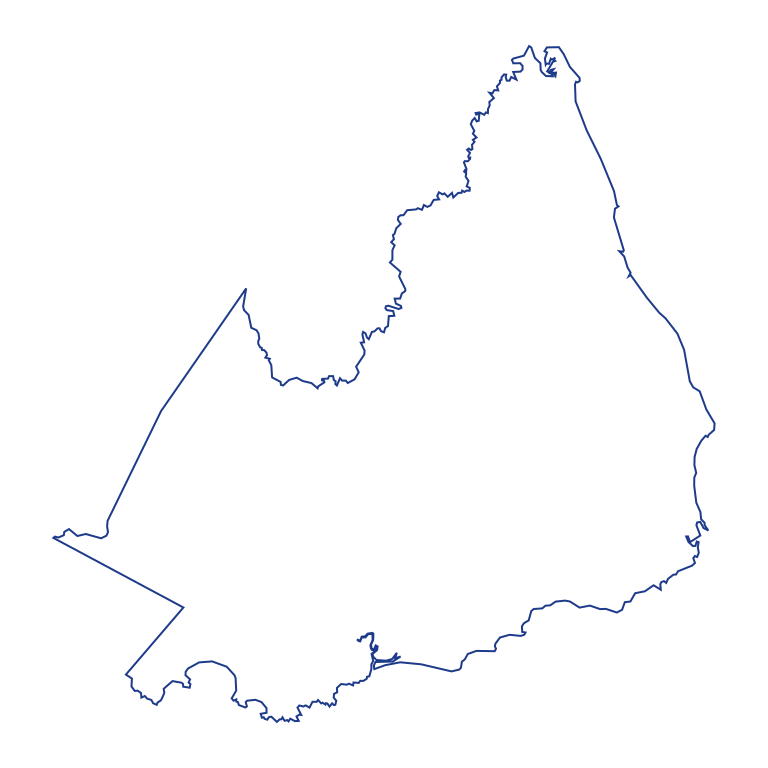 outline of Pedasí, Los Santos, Panama
{"feature_id": "35544464B62202964850227", "entity_name": "Pedasí", "entity_type": "district", "adm_level": 2, "iso_a3": "PAN", "parent_name": "Panama", "parent_adm1": "Los Santos", "projection": "natural_earth1", "projection_center": [-80.113, 7.529], "detail": "fine", "context": "isolated", "style": "outline", "palette": "blue", "viewbox_px": 768, "rotation_deg": 0, "n_neighbors": 0, "source": "geoboundaries", "source_scale": "gbopen_adm2", "svg_char_len": 6055}
<svg xmlns="http://www.w3.org/2000/svg" viewBox="0 0 768 768"><path d="M280.6,381.9L272.1,377.4L271.3,365.2L268.8,360.3L269.8,358.8L265.4,357.6L267.0,355.2L266.5,352.6L264.1,350.1L262.0,350.0L261.7,347.8L260.2,347.4L258.3,344.0L258.2,341.0L259.3,338.9L258.5,333.4L256.5,330.2L251.3,327.8L248.6,314.9L244.1,310.2L243.1,306.5L246.2,288.4L161.1,411.0L107.6,520.8L107.1,526.5L108.0,532.3L106.4,535.7L101.1,538.3L85.7,534.0L77.4,536.0L69.0,529.1L64.3,531.9L63.8,535.2L58.4,537.5L54.9,536.6L53.4,537.9L183.4,607.5L125.9,674.6L131.9,678.5L131.5,686.5L134.7,690.9L137.7,690.7L141.0,693.0L141.4,697.6L144.8,696.0L147.1,698.6L151.4,700.0L153.1,703.2L156.7,704.8L157.6,702.5L160.9,700.4L162.9,696.3L164.3,692.8L163.7,688.8L172.5,681.1L181.6,682.7L183.0,684.0L183.2,686.7L189.7,687.7L190.4,684.0L188.6,682.5L190.1,679.4L185.5,675.2L185.7,671.8L187.9,668.6L199.1,662.4L212.1,661.4L226.7,666.7L234.5,675.2L235.6,678.1L236.2,690.6L231.7,698.4L233.6,700.7L236.3,699.4L236.3,701.6L238.0,702.2L238.8,705.0L245.4,707.5L246.9,706.4L245.7,702.2L247.1,700.7L255.5,699.8L261.5,702.1L266.5,708.1L266.5,712.8L260.7,713.8L261.9,717.7L263.7,717.2L264.6,718.8L267.3,719.7L268.8,717.2L271.4,716.7L276.9,721.9L279.7,719.3L281.4,719.3L282.5,717.3L284.6,720.8L287.3,720.1L288.5,721.4L290.3,718.7L294.9,721.1L298.7,720.9L296.5,716.5L299.4,714.6L301.2,714.9L297.5,707.6L299.3,705.5L303.3,706.5L305.6,705.4L309.5,707.6L312.5,701.8L316.7,701.8L318.0,700.0L321.2,703.4L322.5,702.7L325.5,704.6L326.0,703.2L327.4,703.5L329.5,706.6L332.1,703.3L333.8,705.1L335.3,704.8L336.3,700.8L333.7,697.6L334.0,693.9L337.2,692.3L336.9,687.9L341.2,684.0L346.8,684.7L348.9,683.7L353.1,685.4L353.5,682.5L358.8,682.9L360.2,680.8L363.4,680.9L366.7,678.8L367.0,676.8L369.3,676.3L371.3,669.4L371.4,664.3L373.2,661.1L371.6,653.9L376.5,649.6L377.1,647.0L376.0,646.1L373.8,650.1L372.0,650.0L371.0,648.6L370.4,645.3L372.6,640.1L372.4,633.9L368.1,634.2L365.5,637.4L361.8,637.4L360.2,641.4L358.7,641.1L357.0,639.4L360.2,640.7L361.7,636.6L365.0,636.4L367.7,633.6L372.6,632.9L373.4,634.0L373.2,640.0L371.0,644.8L371.7,648.8L374.1,649.3L375.7,645.4L377.6,646.4L377.1,650.1L372.4,654.0L373.3,656.8L376.4,660.0L386.1,660.7L392.2,659.0L396.8,652.8L395.2,658.3L400.6,656.5L392.9,661.5L375.5,662.0L373.8,665.6L374.3,669.1L385.1,665.2L400.2,662.3L421.2,664.3L451.5,671.4L459.1,669.6L460.9,667.9L461.9,661.7L464.8,659.4L467.8,654.0L476.4,650.9L494.7,651.2L496.0,648.8L494.9,646.3L495.4,643.7L500.0,637.5L509.6,634.8L520.6,635.9L524.2,634.8L525.5,632.5L522.2,631.9L521.9,626.5L523.8,623.3L528.7,620.4L531.3,611.0L533.7,609.0L542.3,608.4L545.4,605.7L550.3,605.3L555.6,601.6L565.1,600.6L569.9,601.5L579.6,607.6L589.9,605.6L600.1,609.1L605.9,608.9L616.8,612.5L622.1,609.8L624.8,602.2L630.4,601.5L635.2,593.2L644.9,591.3L653.6,585.3L660.8,589.7L660.3,584.2L661.4,582.1L663.9,581.1L666.2,582.9L668.0,578.8L673.4,574.7L676.0,574.5L678.1,571.2L691.9,565.7L695.0,563.0L693.3,558.2L694.9,556.0L697.1,557.0L698.8,552.8L697.8,547.4L698.6,542.1L696.8,541.5L695.4,545.9L693.0,546.1L688.5,542.0L686.2,536.5L688.0,536.4L690.1,542.1L700.3,535.5L696.4,525.2L697.1,522.5L700.3,521.9L703.5,528.0L708.3,530.5L704.6,525.1L704.6,522.8L701.1,519.2L700.4,512.0L696.3,502.7L694.2,485.7L694.3,477.6L696.2,472.9L694.4,465.2L694.6,457.0L696.7,448.9L701.4,440.6L705.6,435.7L707.7,437.0L708.7,434.7L714.1,430.0L714.6,423.4L706.4,409.6L699.7,391.3L693.2,387.3L689.8,381.3L684.1,349.8L677.4,333.6L665.6,318.4L659.2,312.7L646.8,297.6L630.6,275.0L628.8,276.2L630.6,272.7L627.6,267.6L624.2,256.5L619.3,251.2L623.1,251.7L623.8,250.3L613.9,217.4L615.0,208.7L618.5,206.4L616.9,205.0L614.0,191.1L600.7,158.7L586.7,130.4L575.6,101.4L575.0,84.3L576.0,81.8L577.4,82.4L579.7,81.1L579.6,77.9L569.9,66.9L563.8,54.3L558.9,47.2L546.9,47.4L544.5,51.2L547.1,52.5L544.9,58.5L545.7,64.7L546.4,63.6L549.0,63.8L550.8,58.7L552.0,59.6L555.3,57.7L553.6,59.7L555.2,60.9L552.8,61.9L547.2,71.4L549.0,72.4L551.0,69.9L553.6,69.2L550.3,73.0L556.0,72.6L555.4,76.2L553.4,73.9L551.5,75.1L552.5,76.3L546.0,76.0L541.9,72.2L540.7,70.1L540.4,63.2L534.9,58.0L531.2,47.4L529.1,46.1L523.9,55.7L513.4,58.5L511.9,59.9L513.3,63.3L520.2,63.2L522.6,66.0L522.5,69.5L520.6,71.6L513.2,72.0L516.4,79.6L511.2,77.0L509.5,80.7L506.8,80.6L505.7,77.2L506.2,74.6L504.1,74.4L501.5,77.4L501.5,79.8L499.9,80.6L500.1,82.8L496.9,86.4L498.2,90.4L494.3,90.1L492.4,93.4L489.5,92.8L493.9,98.1L489.3,102.0L489.7,105.4L488.0,109.1L487.9,113.1L485.9,112.4L484.2,114.8L479.5,112.4L475.6,113.1L476.2,114.6L479.4,113.9L478.7,120.8L476.7,121.4L474.7,118.0L472.2,120.6L470.8,124.2L474.3,130.9L472.9,133.7L476.5,137.5L472.9,139.8L474.5,141.8L472.0,144.8L472.4,149.1L471.0,150.0L468.8,148.5L467.1,149.8L470.0,152.9L468.2,156.4L468.7,157.8L470.2,157.6L470.1,158.9L467.8,161.3L464.9,161.1L463.9,162.3L466.5,169.1L466.2,171.1L465.0,170.1L464.1,171.5L466.2,173.3L465.7,176.8L468.5,180.9L466.7,186.4L469.8,187.9L469.6,190.7L466.5,190.6L464.4,192.0L462.2,190.6L461.5,192.8L458.2,192.9L453.3,197.5L452.0,192.9L447.7,196.8L444.4,193.4L442.7,194.4L438.9,192.3L437.2,196.0L439.1,199.4L433.7,199.9L430.5,205.4L427.3,206.9L423.9,205.0L422.0,209.8L417.8,208.2L416.2,209.4L407.2,210.2L403.5,215.2L400.5,215.3L398.3,217.0L397.9,220.0L400.7,223.9L396.3,228.2L394.5,233.9L392.9,235.1L393.9,239.2L391.2,242.2L394.6,245.3L392.4,250.2L392.4,259.7L389.9,262.5L400.6,271.8L399.1,276.5L405.4,289.2L405.1,291.2L401.9,293.4L400.1,298.6L394.7,298.6L395.9,303.6L400.9,305.9L401.4,307.9L398.7,309.0L388.3,305.7L385.9,306.3L385.4,308.2L386.8,310.1L393.2,311.1L394.3,315.8L388.8,316.1L388.0,326.0L385.2,328.0L384.0,332.3L381.0,331.2L379.5,328.3L377.5,328.4L374.4,331.4L371.9,331.9L368.8,339.2L366.9,337.4L365.6,333.5L363.1,331.9L362.4,334.3L364.1,342.3L360.8,342.7L364.6,350.6L364.3,354.5L356.1,366.7L358.7,372.3L354.6,379.3L347.8,383.0L345.8,380.6L342.1,380.6L340.0,378.2L336.9,385.5L335.4,384.1L335.6,381.3L333.8,380.0L333.1,376.1L329.1,376.1L328.0,378.6L322.2,378.9L322.0,380.4L324.0,380.8L324.4,382.3L318.2,386.4L317.6,388.3L311.5,383.1L302.7,381.0L296.7,377.7L289.2,379.9L283.1,385.5L280.9,384.8L280.6,381.9Z" fill="none" stroke="#1e3a8a" stroke-width="2"/></svg>